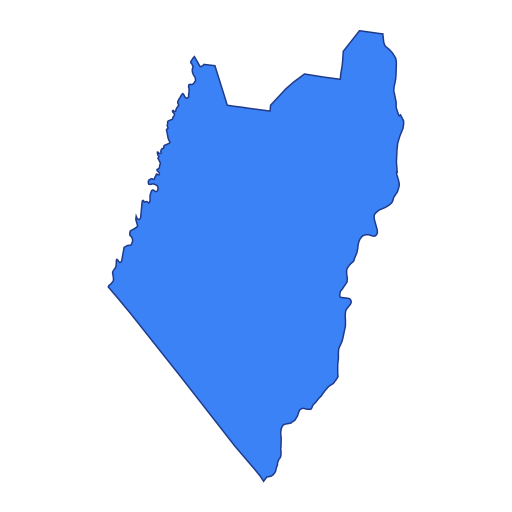 outline of Suchiate, Chiapas, Mexico
{"feature_id": "50627088B714151448233", "entity_name": "Suchiate", "entity_type": "district", "adm_level": 2, "iso_a3": "MEX", "parent_name": "Mexico", "parent_adm1": "Chiapas", "projection": "equal_earth", "projection_center": [-92.246, 14.632], "detail": "fine", "context": "isolated", "style": "filled", "palette": "blue", "viewbox_px": 512, "rotation_deg": 0, "n_neighbors": 0, "source": "geoboundaries", "source_scale": "gbopen_adm2", "svg_char_len": 6038}
<svg xmlns="http://www.w3.org/2000/svg" viewBox="0 0 512 512"><path d="M108.3,287.0L118.1,298.5L130.7,313.7L181.4,377.6L235.1,446.4L254.5,469.1L260.2,476.1L263.6,481.3L266.6,477.3L267.2,476.9L270.7,476.3L271.6,475.9L273.1,474.8L274.8,472.7L275.5,471.4L276.5,467.4L277.5,464.7L277.5,462.9L277.7,462.2L277.9,461.7L278.2,461.2L278.5,460.5L278.7,459.7L279.2,458.9L280.1,457.8L280.7,456.4L280.9,455.4L281.0,453.3L281.0,451.5L280.7,448.7L281.0,446.8L281.2,438.0L280.7,434.3L280.7,432.8L281.0,430.3L281.4,428.3L282.4,426.2L282.9,425.5L283.4,424.9L285.9,423.9L287.8,423.7L291.1,423.0L292.3,421.8L294.4,420.7L294.8,420.3L297.1,416.6L297.5,415.8L299.0,411.4L299.5,410.4L299.9,409.8L301.2,408.9L302.0,408.5L303.4,408.3L306.9,409.2L310.6,409.3L311.3,408.8L311.9,407.6L312.9,405.1L315.5,402.5L319.2,397.9L321.0,396.3L323.4,392.7L324.3,391.8L324.6,391.2L325.0,390.6L328.6,386.5L330.5,385.2L332.8,383.8L333.6,383.1L336.2,379.6L337.7,377.2L338.0,376.5L338.0,376.0L337.7,374.1L337.7,364.7L338.4,358.3L338.4,351.9L338.8,348.5L342.0,341.4L342.9,338.0L345.1,327.5L345.4,326.3L345.5,321.2L345.2,316.4L345.4,312.7L345.7,310.9L346.2,309.6L346.7,308.9L349.6,305.3L350.5,304.1L350.8,303.5L351.2,302.3L351.1,301.0L350.9,300.4L350.3,299.4L349.7,298.9L349.2,298.6L346.8,298.1L340.8,297.4L340.4,297.2L340.1,296.9L339.8,295.9L339.8,294.6L340.0,293.0L340.3,291.6L340.6,291.1L342.4,288.9L344.4,285.9L345.3,284.7L346.1,283.2L346.7,282.6L347.0,282.0L347.3,279.0L347.3,278.0L347.1,276.7L346.9,275.5L346.7,274.4L346.6,271.5L346.8,269.4L347.0,268.8L348.1,266.9L349.7,264.8L350.7,263.8L353.5,261.3L353.8,260.8L354.9,257.4L356.8,253.0L357.5,249.8L357.8,248.2L358.1,244.8L359.0,241.3L360.0,239.1L360.5,238.3L361.5,237.1L362.6,236.0L363.5,235.5L365.4,234.8L366.2,234.7L368.6,234.7L372.8,236.0L373.6,236.1L374.8,236.1L375.9,235.4L376.4,234.8L377.2,233.4L377.4,232.5L377.4,231.8L377.0,229.0L374.4,219.6L374.2,218.3L374.2,215.7L374.3,215.0L374.6,214.3L375.9,212.8L377.1,211.7L379.2,210.0L385.4,207.4L386.5,206.7L388.5,205.5L390.3,204.1L391.8,202.6L392.2,202.0L392.8,200.6L393.7,197.5L394.0,196.9L394.7,195.9L396.6,193.1L397.5,191.5L398.3,189.1L398.9,187.0L399.2,185.6L399.3,184.8L399.2,183.5L398.9,181.9L397.7,177.4L396.7,174.6L396.6,172.4L397.2,172.3L396.4,162.0L397.0,149.6L397.7,143.2L399.8,136.2L403.0,128.3L403.7,123.3L403.5,120.6L400.5,114.9L399.2,115.9L398.3,114.0L396.4,108.4L396.2,107.3L396.1,105.7L396.2,103.7L396.1,101.9L394.3,93.2L393.8,91.2L393.8,90.4L394.1,86.5L394.7,84.0L395.6,79.6L396.0,75.1L396.4,63.1L396.2,60.5L395.6,58.0L392.4,52.9L389.4,49.6L385.5,46.4L384.6,44.9L383.7,42.1L382.8,33.8L380.1,33.6L359.5,30.7L343.3,51.3L342.6,61.4L342.0,66.7L340.7,74.2L340.3,79.3L323.8,77.1L304.5,74.0L293.8,81.9L285.9,88.8L270.6,105.2L270.1,111.1L248.2,108.2L241.8,107.2L233.4,106.2L227.2,105.2L225.8,100.4L214.9,65.7L203.9,64.4L203.2,65.4L202.3,65.9L200.9,66.7L200.3,66.5L200.0,66.3L199.6,65.7L194.4,56.6L193.0,58.1L192.6,58.9L191.8,60.0L190.7,61.9L190.9,62.6L191.2,63.4L191.7,63.7L192.3,64.8L192.6,65.9L193.2,66.5L192.6,68.2L192.3,69.3L192.3,71.5L192.4,72.0L193.2,74.3L195.1,77.5L195.5,79.6L195.4,80.9L195.1,81.5L194.7,81.8L194.2,82.7L193.6,83.5L193.0,84.0L191.9,84.5L190.7,84.7L190.4,84.3L190.1,84.3L188.9,84.7L188.6,85.8L188.6,87.2L189.1,88.4L189.1,88.7L188.9,89.4L189.1,90.2L189.1,90.8L188.9,93.0L188.6,94.1L188.7,96.4L188.5,97.2L186.3,98.3L185.1,97.2L183.4,94.0L182.8,93.6L181.5,94.8L180.6,96.7L179.1,98.9L177.7,101.7L177.7,102.2L177.9,103.5L178.7,104.8L178.6,105.2L178.5,105.7L178.4,106.0L177.8,106.4L177.4,107.2L176.9,107.7L176.4,108.5L176.2,109.0L175.7,111.1L175.3,111.4L175.0,111.5L174.5,111.5L173.6,110.9L173.4,110.6L173.1,110.4L172.5,110.9L172.6,111.9L173.3,112.6L174.4,114.0L174.4,115.2L174.1,115.9L173.4,116.6L172.9,117.3L172.7,118.6L172.4,119.0L171.8,119.6L170.8,119.8L170.3,120.1L168.4,120.9L167.9,121.3L167.5,122.6L167.7,123.3L167.6,124.3L167.2,125.2L167.2,125.6L167.4,126.5L167.8,127.2L168.0,128.1L167.8,128.6L167.6,128.8L166.6,129.3L166.5,129.5L166.6,130.9L167.1,132.6L167.8,136.6L167.9,137.3L168.6,139.6L169.0,140.5L169.9,141.9L170.0,142.2L169.9,142.7L169.1,143.3L167.8,143.9L166.9,144.5L166.3,144.5L165.9,144.8L164.9,145.1L164.1,145.7L163.8,146.5L163.8,147.6L163.7,148.1L163.6,148.3L163.2,148.3L162.7,148.6L162.0,148.7L161.1,150.0L160.8,151.2L160.9,151.8L161.3,152.5L161.1,153.1L160.5,153.4L160.0,153.5L159.1,153.3L158.7,153.0L157.8,152.0L157.4,152.1L157.4,153.2L157.7,154.6L158.0,155.3L158.9,156.3L158.8,156.8L158.0,158.0L157.9,158.2L158.0,158.4L158.6,159.4L160.2,162.7L160.3,163.4L160.3,164.0L160.0,164.4L159.6,165.8L159.4,167.5L159.2,168.1L158.6,168.7L158.2,169.0L157.3,169.2L157.0,169.6L156.9,170.0L157.3,170.8L159.4,173.0L159.4,173.8L159.3,174.6L159.0,174.8L158.1,174.9L157.7,174.8L157.2,174.2L156.8,174.0L156.4,174.0L155.7,176.0L154.9,177.2L154.8,178.0L154.2,179.3L153.6,179.4L152.0,178.7L151.3,178.7L150.5,179.1L149.5,179.8L148.9,180.0L148.6,180.7L148.3,181.8L148.3,182.7L148.6,183.8L148.9,184.3L149.7,184.4L150.7,184.4L153.0,183.8L155.6,184.7L157.2,185.7L157.7,186.5L157.9,187.5L158.0,188.5L157.9,189.8L157.7,190.3L157.2,191.0L156.6,191.5L155.8,191.6L154.5,190.9L153.6,190.2L153.1,190.2L152.8,190.0L152.3,190.1L151.6,190.7L150.3,194.3L150.0,196.4L150.0,197.4L150.1,198.7L150.0,199.2L150.1,199.9L149.8,201.4L149.7,201.6L149.3,202.8L148.9,203.0L148.4,202.8L148.2,202.5L147.8,202.2L147.4,202.0L147.1,201.7L146.6,201.5L144.2,202.0L143.5,200.6L143.1,200.4L142.8,200.5L142.2,201.2L140.6,217.8L139.4,219.6L137.4,219.0L136.2,216.2L135.8,219.4L137.6,225.9L136.8,227.2L136.5,227.2L134.5,228.6L132.8,229.5L132.7,229.7L130.4,230.8L130.0,231.9L129.8,233.0L130.1,233.2L129.8,234.6L129.9,235.2L130.1,235.7L131.3,236.5L132.0,237.8L132.3,238.9L132.5,239.3L132.6,241.4L131.1,245.0L129.8,245.3L127.6,245.4L124.1,247.4L121.8,260.1L121.4,261.5L120.5,262.4L119.8,262.4L119.5,262.3L118.2,260.8L117.9,260.2L117.0,259.4L116.6,259.4L116.3,260.9L116.3,262.2L116.2,264.6L115.8,266.8L115.1,268.3L114.5,268.9L113.3,270.8L112.7,271.9L112.6,273.2L113.1,275.7L113.4,277.9L113.5,280.6L111.1,283.8L108.8,285.6L108.3,287.0Z" fill="#3b82f6" stroke="#1e3a8a" stroke-width="1.5"/></svg>